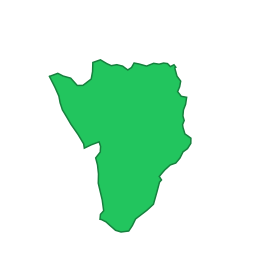 the district of Nässjö, Jönköping, Sweden, rotated 147°
{"feature_id": "70781695B63607124803210", "entity_name": "Nässjö", "entity_type": "district", "adm_level": 2, "iso_a3": "SWE", "parent_name": "Sweden", "parent_adm1": "Jönköping", "projection": "mercator", "projection_center": [14.674, 57.636], "detail": "fine", "context": "isolated", "style": "filled", "palette": "green", "viewbox_px": 256, "rotation_deg": 147, "n_neighbors": 0, "source": "geoboundaries", "source_scale": "gbopen_adm2", "svg_char_len": 1142}
<svg xmlns="http://www.w3.org/2000/svg" viewBox="0 0 256 256"><g transform="rotate(147 128 128)"><path d="M175.6,134.9L167.9,133.9L159.8,132.1L161.0,127.5L164.4,122.9L171.4,120.5L173.7,113.6L177.8,105.5L183.0,97.9L185.9,89.8L188.8,81.7L193.5,71.8L198.1,70.6L201.2,66.7L200.2,65.8L197.6,61.3L196.1,55.7L194.2,49.0L190.5,44.6L183.5,41.2L177.5,43.8L171.2,47.6L157.1,48.7L148.2,50.2L138.5,58.7L131.1,65.4L128.2,66.2L128.2,70.4L120.1,72.8L112.7,74.0L107.0,72.6L100.8,74.5L94.9,78.0L89.4,78.3L83.7,80.9L80.8,85.2L83.5,92.1L81.6,98.5L80.4,101.1L76.8,103.7L75.4,108.2L71.6,113.0L66.8,116.5L62.1,121.8L66.1,125.6L66.6,131.5L62.3,134.4L58.3,138.6L58.7,144.8L56.1,152.9L54.8,152.9L55.0,156.0L59.0,156.4L59.8,160.5L62.8,163.1L67.2,164.6L71.3,168.3L78.7,169.8L83.9,175.7L87.5,179.2L92.1,176.8L96.6,176.8L98.8,182.8L102.9,187.2L108.1,189.4L110.7,193.5L114.0,200.2L121.8,202.1L127.0,194.6L132.2,189.1L142.6,188.3L147.4,191.3L148.9,201.0L154.1,206.9L157.1,212.1L165.6,214.0L165.7,214.8L167.1,201.7L168.6,192.4L171.2,186.1L173.1,179.0L173.4,170.5L173.8,162.3L173.4,149.7L173.8,138.9L175.6,134.9Z" fill="#22c55e" stroke="#15803d" stroke-width="1.5"/></g></svg>